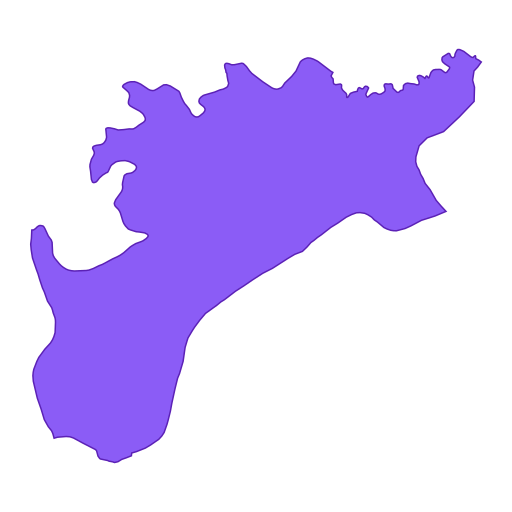 outline of Xaybuly, Savannakhét, Laos
{"feature_id": "54806243B76472997498531", "entity_name": "Xaybuly", "entity_type": "district", "adm_level": 2, "iso_a3": "LAO", "parent_name": "Laos", "parent_adm1": "Savannakhét", "projection": "albers", "projection_center": [104.961, 16.917], "detail": "fine", "context": "isolated", "style": "filled", "palette": "violet", "viewbox_px": 512, "rotation_deg": 0, "n_neighbors": 0, "source": "geoboundaries", "source_scale": "gbopen_adm2", "svg_char_len": 5823}
<svg xmlns="http://www.w3.org/2000/svg" viewBox="0 0 512 512"><path d="M481.3,62.0L478.7,60.1L475.9,58.7L475.7,58.1L475.6,56.3L475.4,55.8L474.7,55.9L473.0,57.5L471.9,57.3L470.7,56.7L463.8,51.4L459.8,49.6L458.3,49.5L457.6,49.6L456.9,50.3L455.5,53.0L455.0,54.3L454.8,56.3L453.9,57.4L452.8,57.7L451.7,57.4L450.7,56.2L449.6,53.7L448.8,53.4L448.2,53.4L442.8,56.8L442.1,57.8L441.9,59.9L442.3,61.2L442.7,61.9L444.6,63.7L449.1,66.7L449.7,67.3L449.6,68.0L449.3,68.9L446.8,72.2L445.8,72.7L444.8,72.5L441.2,69.8L440.0,69.4L435.6,69.5L433.6,69.9L432.8,70.4L431.6,71.6L430.8,72.8L429.0,77.7L428.7,77.9L428.1,77.6L427.1,76.2L426.7,76.0L426.1,76.3L424.9,78.4L423.4,77.1L421.1,75.8L419.7,75.4L418.6,75.6L417.6,76.1L417.2,77.3L419.1,81.8L419.1,83.3L418.8,84.3L418.4,84.7L416.9,84.9L414.2,84.0L410.5,83.6L407.7,83.1L405.6,83.6L404.3,84.6L403.5,85.5L403.2,89.3L402.6,90.1L400.5,90.6L398.7,92.3L397.8,92.4L396.9,92.1L393.1,88.4L392.3,84.8L391.6,84.1L390.8,83.8L388.3,84.1L386.7,83.9L385.2,83.9L384.4,84.5L384.1,85.9L385.1,88.8L385.1,90.4L384.9,91.2L383.8,92.3L381.4,93.8L379.8,94.3L378.4,94.2L376.3,93.0L375.7,92.8L374.1,92.9L373.0,93.1L370.7,94.6L368.2,96.8L367.3,97.1L366.6,96.3L365.8,94.4L366.2,93.3L368.6,88.0L368.4,87.6L367.2,86.5L365.6,86.2L364.6,86.7L363.2,88.6L362.7,88.8L361.8,88.8L359.9,87.8L359.2,87.6L358.8,87.8L358.3,88.2L357.7,89.4L357.3,91.3L353.6,92.1L350.8,93.2L350.2,93.6L348.1,97.0L347.1,97.5L346.7,97.2L346.7,94.8L346.1,93.4L342.8,90.3L341.9,88.8L341.5,88.0L341.6,85.2L341.4,84.6L340.3,84.0L335.7,84.7L334.0,84.0L333.6,83.4L333.4,82.7L333.1,78.9L331.7,77.3L331.1,75.9L332.9,72.4L330.8,71.2L318.3,61.7L317.0,60.9L313.3,59.1L310.6,58.2L307.9,57.9L306.9,58.1L304.7,58.8L302.6,59.9L301.5,60.7L300.3,61.9L296.0,71.1L291.7,76.4L284.8,83.0L282.5,86.5L281.1,87.8L278.0,89.0L276.5,89.2L274.3,88.8L272.6,88.2L271.2,87.4L262.8,81.8L251.8,73.4L249.5,70.8L246.4,66.5L244.0,64.2L243.1,63.5L241.7,63.2L234.5,64.7L231.7,64.8L228.9,63.7L226.8,63.3L225.7,63.5L225.1,64.0L224.6,65.1L224.9,67.9L225.6,69.7L226.1,72.5L226.6,72.9L226.9,73.7L227.1,76.0L227.9,80.6L228.7,83.3L227.8,86.1L227.1,87.0L226.1,87.7L223.3,89.1L219.9,89.9L214.6,92.1L204.5,95.0L203.2,95.5L200.9,97.2L199.4,99.0L198.9,101.2L199.3,102.9L200.6,104.3L203.4,106.5L204.3,107.5L205.1,109.1L204.8,110.9L203.4,112.9L200.0,115.7L198.3,116.8L196.6,117.0L195.1,116.7L193.7,115.8L192.0,114.3L191.0,112.9L189.4,109.4L186.3,105.4L184.7,103.6L183.3,101.2L181.3,97.1L179.9,93.1L178.9,91.3L170.3,86.0L166.5,84.7L163.6,84.9L157.2,88.9L154.3,90.4L152.8,90.6L150.6,90.3L148.7,89.5L140.8,84.2L137.2,82.5L134.5,81.7L130.3,81.8L127.4,82.6L124.1,84.4L123.2,85.3L122.6,86.3L122.9,87.2L126.7,90.5L128.4,92.2L128.9,92.9L129.6,95.3L129.5,97.2L128.6,100.5L128.4,102.0L128.4,103.2L128.9,104.4L130.1,105.8L133.1,107.6L139.8,111.2L142.5,113.4L143.5,114.6L145.0,117.4L145.3,118.6L145.2,120.4L143.6,122.2L139.0,125.1L136.2,127.3L133.6,128.8L132.1,129.0L129.2,128.9L123.7,129.6L118.2,130.0L114.5,128.8L110.1,127.9L107.8,127.8L106.3,128.3L105.8,129.0L106.6,137.3L105.9,139.9L104.9,141.6L103.9,142.9L102.5,144.0L100.6,144.7L96.5,145.3L95.1,145.7L93.8,146.2L92.8,147.1L92.6,148.4L94.2,151.8L94.3,153.4L93.7,155.3L91.4,159.3L90.0,164.5L89.9,166.8L90.6,171.4L91.4,179.4L92.5,182.1L93.4,182.6L94.6,182.5L96.0,182.0L97.2,180.9L99.4,178.0L102.6,175.1L106.1,172.9L107.6,172.3L108.3,171.2L110.7,166.1L111.8,164.8L115.7,162.0L117.5,161.4L120.9,160.8L125.1,160.6L128.2,161.3L129.9,161.9L134.7,164.4L136.3,166.3L136.5,167.6L135.8,169.5L134.8,170.7L132.5,172.5L130.8,173.1L126.9,173.7L124.9,174.9L124.1,175.9L122.6,182.7L122.4,184.6L122.7,186.7L122.6,188.5L122.2,190.0L121.5,191.6L115.7,199.7L114.5,202.6L114.3,203.4L114.6,204.9L115.4,206.4L118.3,209.3L119.5,211.1L120.4,213.0L122.9,221.3L123.9,223.6L125.5,226.0L128.3,229.0L130.4,229.9L136.1,231.7L139.3,232.0L144.7,232.9L147.5,234.4L148.2,235.8L147.9,236.7L146.3,238.5L143.0,240.8L141.2,241.6L135.7,243.6L132.3,245.6L130.2,247.0L123.8,252.7L120.2,255.2L117.2,256.8L112.6,258.9L102.4,264.4L99.0,265.7L93.3,268.5L88.9,270.1L86.3,270.5L74.3,271.0L71.3,270.7L68.5,270.1L66.1,269.1L63.5,267.5L61.4,265.9L59.4,263.9L54.7,258.2L53.3,255.7L52.6,253.2L52.1,242.4L51.3,240.1L48.3,236.0L45.0,228.8L43.9,226.9L43.0,226.0L40.7,225.5L39.2,225.6L37.4,226.7L35.5,228.6L33.6,229.9L31.8,230.0L31.4,238.5L30.7,244.2L31.2,249.8L32.5,258.0L36.6,270.1L38.0,273.8L39.7,279.6L42.5,288.0L44.3,291.9L47.5,301.1L51.7,307.7L52.5,310.1L53.2,312.9L55.0,317.7L55.4,319.9L55.5,322.4L55.1,332.6L53.9,336.6L52.5,339.8L50.5,343.0L44.9,349.1L38.8,357.4L36.8,361.5L35.5,364.9L33.8,369.3L33.2,372.3L32.9,375.6L33.3,381.2L37.3,398.1L41.2,409.3L44.3,419.6L48.3,426.7L51.6,430.8L52.8,433.5L54.1,438.2L57.5,437.2L66.2,436.5L70.0,436.8L73.5,438.0L82.7,443.0L95.6,449.6L96.6,450.9L98.0,456.1L99.7,458.5L100.5,459.0L107.6,460.5L109.1,461.2L112.5,461.8L114.6,462.5L118.0,461.7L121.7,459.4L126.0,457.9L131.4,455.8L131.7,453.0L136.5,451.6L145.3,448.1L150.7,444.9L158.9,439.2L161.8,436.0L164.1,432.5L167.0,424.3L168.3,419.6L170.4,411.1L171.9,402.9L175.1,388.3L177.6,378.2L179.5,373.6L183.1,361.4L185.1,347.4L187.1,340.7L188.0,337.9L192.3,330.7L194.7,327.0L199.9,320.0L205.5,313.4L217.0,305.1L220.7,302.0L224.4,299.7L235.5,291.2L243.6,286.0L252.5,279.9L262.7,273.3L272.5,268.3L287.9,258.4L294.8,254.3L302.4,251.4L307.0,247.0L310.9,242.5L313.8,240.5L317.4,237.5L321.2,234.9L330.9,227.3L337.9,223.0L346.2,217.2L351.7,214.5L356.4,212.8L360.0,212.6L364.7,213.3L367.8,214.7L371.6,217.1L374.3,219.9L377.4,222.0L383.9,227.5L387.0,229.0L390.8,230.3L393.5,230.7L396.4,230.8L405.1,228.5L410.9,225.9L421.5,220.3L435.0,216.0L446.0,211.4L441.2,206.2L436.2,200.4L430.1,189.7L425.1,183.4L423.1,178.5L420.6,174.2L419.1,170.0L416.9,166.3L415.7,161.8L415.9,156.9L419.1,145.8L427.2,137.8L443.6,131.6L459.3,116.9L474.1,101.4L474.5,87.2L472.6,80.1L474.0,71.0L477.6,67.1L481.3,62.0Z" fill="#8b5cf6" stroke="#5b21b6" stroke-width="1.5"/></svg>